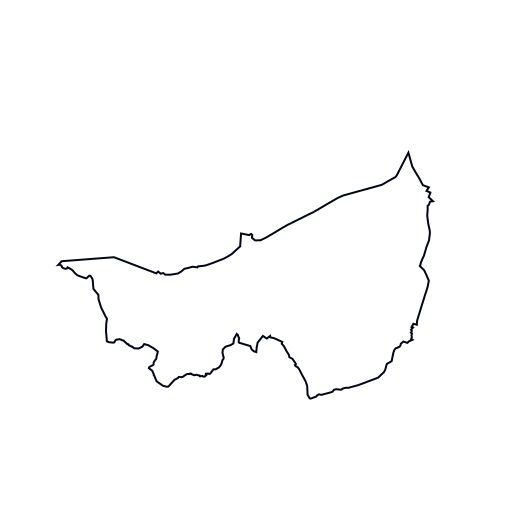 Santa Ana Maya, Michoacán, Mexico (Equal Earth projection), rotated 114°
{"feature_id": "50627088B22901000354815", "entity_name": "Santa Ana Maya", "entity_type": "district", "adm_level": 2, "iso_a3": "MEX", "parent_name": "Mexico", "parent_adm1": "Michoacán", "projection": "equal_earth", "projection_center": [-101.02, 20.023], "detail": "fine", "context": "isolated", "style": "outline", "palette": "ink", "viewbox_px": 512, "rotation_deg": 114, "n_neighbors": 0, "source": "geoboundaries", "source_scale": "gbopen_adm2", "svg_char_len": 5037}
<svg xmlns="http://www.w3.org/2000/svg" viewBox="0 0 512 512"><g transform="rotate(114 256 256)"><path d="M99.6,158.8L125.1,160.2L127.1,160.7L133.7,165.6L139.9,170.1L165.2,200.9L169.8,205.0L172.0,206.6L181.0,213.1L193.0,221.7L196.2,224.5L208.1,234.3L214.6,239.7L219.1,243.0L223.2,245.9L227.3,248.7L231.8,252.0L234.7,254.0L239.8,258.3L242.1,263.1L241.1,267.0L238.3,268.0L237.8,269.5L239.7,270.8L241.5,278.8L253.7,274.4L258.4,276.5L264.0,278.9L268.1,281.7L271.7,284.5L280.1,292.8L283.0,295.9L285.2,298.3L286.8,300.8L289.0,304.7L290.2,304.9L291.6,309.6L294.8,313.5L295.4,314.3L296.8,316.2L300.8,318.1L303.9,320.4L306.7,324.7L308.0,326.8L309.3,329.8L310.0,331.4L309.5,333.0L309.3,333.8L310.9,335.8L310.0,339.1L312.4,340.0L314.9,385.3L339.8,431.4L344.5,433.0L343.8,432.0L343.9,429.8L345.2,428.5L345.5,427.0L345.1,424.6L344.2,423.6L343.0,423.5L343.2,420.7L343.6,418.0L344.8,415.5L345.6,413.7L346.2,411.4L346.2,409.2L345.6,402.8L345.5,402.3L345.3,401.9L344.8,401.6L341.8,400.3L341.5,399.6L341.7,398.7L343.4,396.2L345.3,394.8L347.2,393.9L349.7,392.5L352.1,391.2L355.7,384.1L356.8,383.6L357.2,383.4L359.5,382.3L363.5,378.8L366.0,376.6L372.7,368.5L373.5,367.1L374.4,366.5L379.2,365.1L385.8,362.4L394.6,357.5L394.6,355.4L393.2,351.1L392.8,350.5L392.1,350.3L391.5,350.1L390.8,350.2L390.1,350.1L389.6,350.0L389.3,349.7L389.0,349.1L388.5,348.4L387.7,347.2L387.4,346.5L387.4,346.1L387.3,345.6L387.4,345.0L387.4,344.6L387.5,344.1L387.4,343.9L387.2,343.3L387.1,343.0L387.1,342.8L387.1,342.5L387.6,341.3L387.9,340.4L388.2,339.9L388.1,339.6L388.2,339.3L388.4,338.7L388.5,338.6L388.6,338.3L388.8,338.1L388.8,337.9L388.7,337.7L388.8,337.3L388.7,337.1L388.6,336.9L388.6,336.4L388.8,336.2L389.1,336.1L389.3,335.5L389.2,335.2L389.2,334.9L389.3,334.3L389.3,333.8L389.3,333.4L389.3,333.1L389.3,332.9L389.1,332.6L389.2,332.3L389.2,332.1L389.3,332.0L389.5,331.9L389.5,331.5L389.4,331.2L389.5,330.8L389.7,330.3L389.8,329.9L389.7,329.3L388.2,325.5L384.9,322.9L381.9,322.3L381.8,321.3L381.3,318.1L381.8,313.5L381.8,312.8L383.2,306.8L385.2,306.4L388.0,306.0L389.3,305.6L390.9,305.3L392.2,305.8L393.3,306.0L394.9,306.2L396.2,305.6L397.3,305.5L398.4,306.3L399.6,307.5L401.1,308.3L402.1,308.2L402.6,305.9L402.7,305.0L403.5,303.4L404.6,302.6L405.4,301.4L406.6,300.8L406.9,300.1L410.9,295.8L412.4,288.2L411.8,284.7L411.0,283.0L409.0,282.3L406.0,281.3L402.3,280.1L399.2,277.7L397.8,277.3L397.0,274.7L395.5,273.2L394.4,272.8L391.8,270.9L391.0,269.0L390.9,269.1L390.7,268.9L390.5,268.7L390.1,268.2L389.9,267.8L389.9,267.2L390.1,266.8L390.2,266.4L390.1,265.9L390.0,265.5L390.1,265.2L390.2,264.5L390.2,264.2L389.8,263.7L389.6,263.3L389.3,262.9L388.8,262.3L388.6,261.7L388.6,261.1L388.6,260.4L388.2,259.5L388.1,258.9L388.7,258.4L388.3,257.6L387.4,256.2L387.6,255.4L387.5,254.8L387.3,254.3L386.8,253.7L386.2,253.4L385.7,253.6L385.4,253.5L385.1,253.1L384.9,253.0L384.8,253.3L384.6,253.6L384.0,253.9L383.8,253.6L383.1,252.5L382.9,251.7L382.8,251.2L382.7,250.7L382.5,250.3L382.0,250.0L380.1,249.5L379.4,249.5L379.0,249.3L376.8,248.7L376.0,246.8L374.4,245.7L373.4,244.9L372.1,244.3L371.2,244.1L369.8,243.8L367.8,243.8L364.8,244.3L363.6,243.9L362.9,243.9L361.6,244.4L360.2,245.7L357.9,247.3L354.9,248.3L351.4,247.0L349.5,245.0L347.9,243.1L346.4,242.0L345.1,241.1L342.6,241.8L340.7,242.4L335.0,241.9L335.5,240.5L337.0,239.2L337.9,237.9L339.8,237.6L341.8,236.7L342.1,236.2L341.5,231.5L341.3,229.9L340.9,227.2L340.6,224.5L343.0,222.1L343.4,221.0L343.9,219.2L343.9,218.0L343.6,217.0L343.6,216.7L339.5,218.1L334.4,219.3L330.3,218.2L326.2,217.2L326.5,215.6L327.0,212.6L323.4,210.6L324.5,210.1L323.7,205.7L323.8,197.0L325.7,196.8L327.0,193.8L330.3,189.7L332.8,185.9L334.0,185.0L334.9,184.3L335.1,180.9L338.2,175.8L338.6,175.6L339.7,175.9L339.8,176.0L340.5,175.1L340.7,172.6L341.8,170.6L344.0,167.9L346.9,164.2L350.0,160.1L353.4,156.8L355.0,155.8L357.1,154.8L361.7,152.5L364.2,149.1L364.0,148.0L359.9,143.8L358.1,143.3L356.7,142.1L356.4,140.0L350.8,133.0L348.9,130.9L348.0,130.7L346.5,130.4L345.0,128.4L343.6,123.9L341.7,122.7L339.8,120.4L339.0,118.2L332.9,110.7L331.1,108.8L328.0,105.6L325.8,103.4L324.9,102.5L317.5,95.0L313.7,93.4L309.8,91.8L307.3,91.7L301.4,92.6L296.9,89.3L291.1,90.6L288.3,91.2L285.7,91.4L283.4,90.8L282.0,89.1L281.4,89.0L280.8,88.2L279.2,87.6L277.3,88.0L275.6,87.2L274.2,86.6L274.0,84.5L273.8,82.4L271.5,81.4L268.9,79.0L268.7,80.5L266.8,80.6L265.2,81.7L263.5,81.9L263.0,83.3L262.2,83.0L261.0,83.2L260.3,84.4L257.5,83.5L257.6,85.0L253.9,84.6L253.4,81.1L251.9,81.7L249.5,82.5L248.4,82.7L242.3,83.4L233.4,84.5L230.8,84.8L226.4,85.3L222.4,85.8L220.0,86.0L214.9,86.6L213.7,86.8L208.2,88.1L204.1,92.6L200.6,96.6L198.5,102.3L197.5,102.2L194.8,102.7L190.4,102.8L187.5,102.7L180.7,103.6L179.0,103.9L175.3,104.1L171.3,104.3L169.4,104.9L164.4,106.4L162.3,107.5L156.1,112.0L149.5,116.0L143.7,118.1L140.4,119.6L138.9,118.9L135.6,119.1L134.8,117.9L134.7,117.8L134.2,116.9L134.0,116.6L132.0,122.2L127.1,122.5L127.2,126.7L123.0,126.0L123.4,132.4L120.2,136.4L117.0,140.8L114.5,144.4L110.9,149.4L107.6,152.2L102.0,156.8L99.6,158.8Z" fill="none" stroke="#020617" stroke-width="2"/></g></svg>